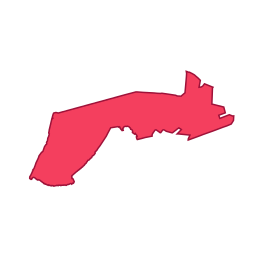 Mihai Viteazu, Constanta, Romania (orthographic projection), rotated 169°
{"feature_id": "2599482B93855145128935", "entity_name": "Mihai Viteazu", "entity_type": "district", "adm_level": 2, "iso_a3": "ROU", "parent_name": "Romania", "parent_adm1": "Constanta", "projection": "orthographic", "projection_center": [28.817, 44.637], "detail": "fine", "context": "isolated", "style": "filled", "palette": "rose", "viewbox_px": 256, "rotation_deg": 169, "n_neighbors": 0, "source": "geoboundaries", "source_scale": "gbopen_adm2", "svg_char_len": 5388}
<svg xmlns="http://www.w3.org/2000/svg" viewBox="0 0 256 256"><g transform="rotate(169 128 128)"><path d="M198.2,156.8L199.2,155.2L200.2,153.1L200.0,152.6L199.9,151.9L200.1,151.8L200.2,152.4L200.4,152.5L200.7,152.2L202.5,148.2L203.3,146.4L205.8,140.9L206.0,140.0L206.4,139.2L206.7,138.5L206.7,137.8L206.4,137.2L207.6,134.8L208.7,133.3L209.3,131.4L209.9,130.2L210.4,129.9L210.8,129.1L210.8,128.6L210.8,128.1L211.1,127.5L211.8,127.3L213.5,125.6L216.0,121.3L216.8,120.8L217.4,120.7L220.7,117.6L221.4,116.2L222.5,114.6L224.9,111.4L226.3,108.9L227.5,107.0L228.0,106.1L229.2,105.3L229.1,104.9L229.5,104.3L230.0,103.9L230.0,103.6L232.4,100.3L233.7,98.9L234.1,97.6L234.1,97.1L233.3,96.5L233.1,96.1L232.4,96.0L232.1,96.4L232.0,96.8L231.7,96.9L231.2,97.3L230.5,97.6L230.3,97.6L229.2,97.1L228.6,96.4L228.3,95.8L227.9,95.6L227.7,95.3L227.6,95.1L227.2,94.9L227.2,94.7L226.9,94.3L226.4,94.2L226.2,94.4L225.9,94.4L225.7,94.1L225.4,94.0L225.1,94.0L224.5,93.5L224.2,93.3L224.0,92.9L223.2,92.0L222.9,91.9L222.8,91.7L222.5,91.1L222.2,90.8L221.9,90.6L221.4,90.3L221.4,90.2L221.3,89.6L221.0,89.5L220.8,89.2L220.6,89.2L220.4,89.3L220.2,89.2L220.1,88.8L219.9,88.6L219.6,88.5L219.2,88.5L219.1,88.4L218.9,88.1L218.6,87.9L218.2,87.6L217.8,87.5L217.7,87.4L217.6,87.2L217.4,87.0L217.1,87.3L216.7,87.3L216.7,87.2L216.3,86.8L216.1,86.7L215.9,86.6L215.7,86.5L215.2,86.4L215.0,86.2L214.8,86.0L214.5,85.9L214.3,86.1L214.2,86.1L213.9,85.9L213.5,86.1L213.3,86.0L213.2,85.9L212.8,85.7L212.4,85.3L212.0,85.5L211.6,85.1L210.7,85.1L210.4,85.2L210.2,85.2L209.7,85.2L209.4,85.1L209.0,85.3L208.8,85.2L208.5,85.3L208.3,85.2L208.2,85.1L207.9,84.9L207.7,84.7L207.4,85.0L207.1,85.1L206.5,84.9L205.8,84.9L205.4,84.8L205.3,84.7L205.2,84.4L204.5,84.3L204.3,84.4L204.1,84.5L203.9,84.4L203.7,84.4L203.2,84.3L202.8,84.3L202.6,84.2L202.1,84.3L201.9,84.2L201.7,84.0L201.3,84.1L200.5,84.0L200.3,83.9L200.2,83.8L199.8,83.5L199.6,83.5L199.4,83.5L198.9,83.8L197.7,84.1L197.3,84.0L197.2,83.9L196.6,84.0L195.2,84.4L194.6,84.4L194.0,83.6L193.5,84.0L193.2,84.1L192.9,84.0L192.4,84.5L192.0,84.3L191.4,85.0L191.0,85.8L191.3,86.7L191.5,87.9L191.7,88.6L192.6,89.1L192.5,89.5L192.4,89.9L192.6,90.3L192.6,90.6L192.6,90.9L192.4,91.3L192.2,91.4L192.2,91.9L190.9,92.6L190.4,92.9L190.2,93.1L189.7,93.3L189.1,93.7L188.3,94.1L187.9,94.4L186.4,95.2L186.0,95.3L185.4,95.9L184.9,95.9L184.5,96.3L184.0,96.5L183.9,96.4L183.5,96.6L183.5,96.8L183.3,97.0L183.0,97.1L182.7,97.1L182.3,97.2L181.9,97.4L181.8,97.7L181.2,98.0L180.9,98.3L180.5,98.3L180.1,98.4L179.7,98.8L179.3,99.1L179.1,99.3L178.3,99.6L177.8,100.0L177.7,100.3L177.6,100.5L177.3,100.5L176.9,100.9L175.9,101.4L175.7,101.6L175.0,102.6L174.6,102.7L174.3,103.0L173.7,103.9L173.4,104.0L172.9,104.0L172.6,103.9L171.8,104.5L171.5,104.8L170.9,105.0L170.7,105.3L169.6,105.8L169.3,105.9L169.2,106.1L168.5,107.2L168.0,107.5L167.3,107.6L166.4,108.2L165.5,109.0L165.1,109.4L165.1,110.0L164.9,110.7L164.1,111.1L163.8,111.5L162.8,112.1L161.4,113.7L158.8,116.0L150.9,124.1L148.9,126.7L145.0,131.5L137.8,131.3L137.7,131.2L137.4,131.1L137.2,130.8L137.1,130.7L136.7,131.0L136.4,131.0L136.0,130.7L135.9,130.5L135.8,130.2L135.9,129.9L135.9,129.6L135.6,129.2L135.4,128.9L135.4,128.5L135.1,128.0L135.0,127.7L134.9,127.6L134.5,127.5L134.4,127.3L134.5,127.0L134.3,126.6L133.1,126.6L133.1,126.8L133.4,127.1L133.3,127.3L133.2,127.6L133.3,128.1L133.2,128.6L132.5,128.9L132.4,129.2L132.3,129.4L131.7,129.9L131.2,130.1L129.8,130.1L129.3,129.8L128.8,129.8L128.5,129.9L128.3,129.9L127.4,129.4L126.8,129.0L126.3,128.3L126.2,128.2L125.7,127.4L125.8,127.0L125.5,126.6L125.6,126.4L125.6,126.2L124.7,125.7L124.3,125.2L124.2,124.9L124.1,124.3L124.2,124.1L124.1,123.5L124.1,123.3L124.5,122.9L124.5,122.7L124.4,122.5L124.0,122.1L123.5,121.7L123.3,121.3L123.0,121.1L122.5,120.6L122.1,120.9L122.1,121.2L121.9,121.3L121.8,121.0L121.9,120.7L121.5,120.4L121.4,120.2L121.1,119.8L120.9,119.4L120.9,119.2L120.7,118.8L120.7,118.4L120.6,118.0L120.8,117.8L121.0,117.8L121.0,118.1L121.3,118.1L121.4,117.9L121.4,117.5L121.5,117.3L121.5,116.6L121.3,115.4L121.2,115.1L121.1,114.9L116.4,115.1L113.0,115.4L105.9,115.4L105.8,116.0L105.6,116.7L105.3,117.3L105.0,117.7L102.0,120.7L101.8,120.8L101.5,120.9L100.9,120.8L100.7,120.8L100.5,120.6L98.2,118.2L97.4,117.3L97.0,117.2L96.8,117.2L96.4,117.5L94.8,119.0L94.4,119.3L94.1,119.4L93.6,119.5L93.3,119.4L92.9,119.2L92.6,119.0L91.1,117.5L86.0,115.0L85.5,114.8L85.2,114.9L84.5,115.2L82.8,116.1L81.5,116.7L79.7,117.7L78.0,118.4L77.5,117.9L77.3,117.5L77.1,117.4L76.7,117.3L76.5,117.0L75.9,116.3L80.9,112.8L79.4,112.5L68.5,109.2L70.8,106.0L71.0,105.6L71.2,104.7L58.8,106.7L55.6,107.3L45.5,108.8L34.4,110.7L30.7,111.2L25.9,112.2L25.7,112.4L23.0,115.3L21.9,119.7L23.0,119.8L26.0,121.7L36.0,119.9L36.5,123.2L29.6,124.3L30.0,130.3L41.1,135.5L37.5,151.0L36.8,151.8L44.5,156.8L46.4,155.1L46.8,154.8L47.3,154.6L47.9,154.4L48.8,154.3L50.5,154.4L47.9,161.0L49.1,162.8L49.7,163.7L51.8,166.3L52.2,166.9L52.5,167.2L52.9,167.7L53.3,168.0L53.6,168.3L54.9,169.4L55.2,169.6L55.7,170.0L56.6,170.7L57.0,171.0L57.5,171.1L58.1,171.3L59.4,172.2L60.0,172.5L60.0,172.1L60.1,170.1L60.3,169.5L60.8,167.5L62.1,162.9L65.3,151.8L65.3,151.7L69.2,149.5L69.7,149.1L72.7,149.8L73.0,149.9L73.7,150.1L74.9,151.0L81.6,153.4L88.0,155.6L88.4,155.7L88.7,155.7L89.4,155.7L92.7,156.5L95.7,157.4L106.5,160.1L111.6,161.5L112.9,161.8L113.5,161.9L124.4,161.2L193.6,156.0L195.6,156.9L196.3,157.0L198.2,156.8Z" fill="#f43f5e" stroke="#9f1239" stroke-width="1.5"/></g></svg>